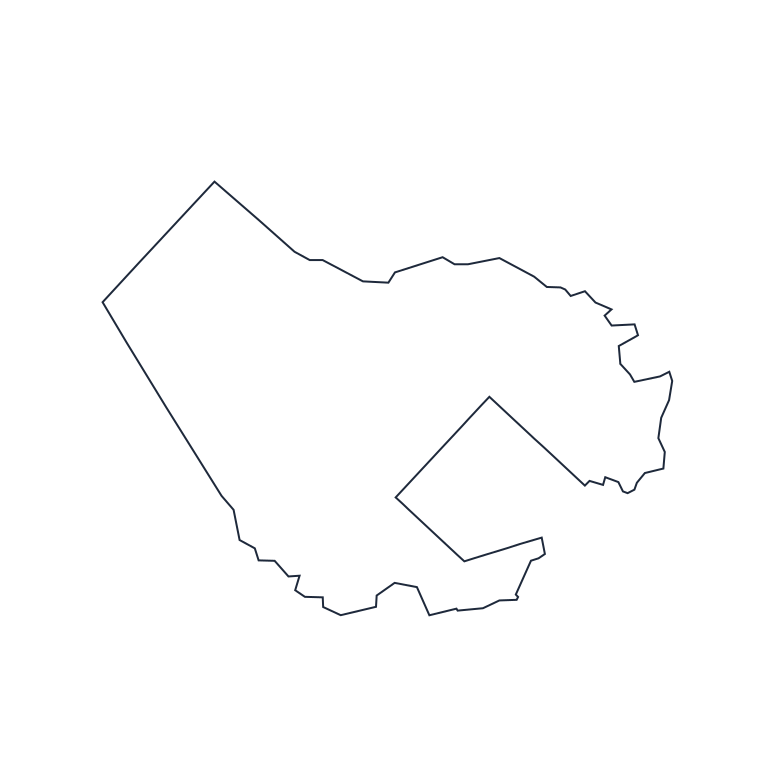 Baltimore, Maryland, United States of America (Equal Earth projection), rotated 313°
{"feature_id": "52423323B66089118468318", "entity_name": "Baltimore", "entity_type": "district", "adm_level": 2, "iso_a3": "USA", "parent_name": "United States of America", "parent_adm1": "Maryland", "projection": "equal_earth", "projection_center": [-76.574, 39.458], "detail": "fine", "context": "isolated", "style": "outline", "palette": "slate", "viewbox_px": 768, "rotation_deg": 313, "n_neighbors": 0, "source": "geoboundaries", "source_scale": "gbopen_adm2", "svg_char_len": 1534}
<svg xmlns="http://www.w3.org/2000/svg" viewBox="0 0 768 768"><g transform="rotate(313 384 384)"><path d="M251.9,122.4L238.8,167.4L218.4,240.7L191.4,341.5L189.4,359.8L171.4,384.8L175.7,401.6L169.5,412.6L180.1,424.6L178.1,445.4L186.2,453.0L172.6,459.7L174.4,471.3L186.2,484.7L179.4,491.6L185.4,510.0L215.6,530.1L224.3,522.9L245.8,527.4L257.9,546.6L245.8,574.9L269.1,590.2L268.5,592.4L287.5,609.3L300.1,614.3L304.4,616.0L316.6,628.2L319.7,627.3L319.9,624.0L355.0,612.0L361.9,615.9L369.4,617.6L379.2,604.1L359.8,592.6L347.9,586.0L329.1,575.1L318.3,568.9L309.1,563.7L309.0,554.2L309.0,487.4L309.1,479.0L309.0,469.9L373.5,469.8L406.8,469.8L416.0,469.7L435.5,469.7L446.5,469.8L446.5,485.3L446.5,486.2L446.5,531.3L446.7,544.6L446.7,600.2L453.3,600.4L459.6,613.0L466.7,609.4L470.0,617.2L472.1,622.3L468.4,632.0L470.3,636.6L477.5,639.2L484.2,636.3L496.8,635.5L498.3,636.5L508.8,643.4L512.7,646.0L525.8,635.7L531.5,621.6L545.9,611.5L548.3,609.8L566.6,603.5L582.8,592.7L587.5,584.3L577.8,580.7L556.7,565.9L556.3,565.6L558.8,557.3L558.8,557.0L559.9,543.0L560.1,542.9L570.9,530.9L571.9,529.8L590.2,535.7L592.9,536.5L598.5,526.6L582.0,510.6L582.6,507.7L583.7,502.5L584.5,498.7L593.7,499.5L587.8,483.1L588.9,467.7L575.9,460.6L575.7,460.5L576.7,452.1L575.0,447.2L566.0,436.9L564.9,420.6L554.8,382.5L528.9,363.8L519.7,354.0L516.7,340.4L473.1,315.9L461.1,318.1L444.7,298.6L432.8,254.6L424.0,245.2L419.7,228.4L418.5,180.5L416.4,122.0L386.0,122.0L319.5,122.1L308.6,122.1L305.8,122.1L251.9,122.4Z" fill="none" stroke="#1e293b" stroke-width="2"/></g></svg>